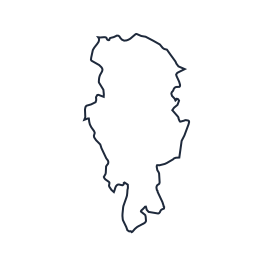 the border of Oppland, rotated 31°
{"feature_id": "NOR-920", "entity_name": "Oppland", "entity_type": "County", "adm_level": 1, "iso_a3": "NOR", "parent_name": "Norway", "parent_adm1": "", "projection": "orthographic", "projection_center": [9.47, 61.271], "detail": "fine", "context": "isolated", "style": "outline", "palette": "slate", "viewbox_px": 256, "rotation_deg": 31, "n_neighbors": 0, "source": "natural_earth", "source_scale": "10m", "svg_char_len": 3315}
<svg xmlns="http://www.w3.org/2000/svg" viewBox="0 0 256 256"><g transform="rotate(31 128 128)"><path d="M200.3,178.6L200.2,178.7L198.9,180.5L198.7,181.0L198.5,181.7L198.6,183.1L198.7,183.8L198.5,184.8L198.3,185.3L197.8,185.8L188.9,189.3L186.3,188.5L186.0,188.3L184.9,187.2L184.4,186.7L183.8,186.2L183.1,186.8L183.1,187.3L182.5,189.9L182.0,191.4L181.9,192.4L182.0,192.8L182.3,193.0L186.9,193.6L187.7,193.8L188.8,194.9L191.3,198.4L191.4,199.7L191.3,200.1L191.1,200.9L187.5,206.9L186.8,208.2L185.9,210.8L185.2,214.7L185.0,215.0L184.7,215.4L183.9,215.0L183.4,215.1L182.3,216.0L180.1,215.9L177.4,213.7L171.1,209.6L170.4,208.8L168.5,206.2L167.5,204.4L164.7,198.5L164.2,197.1L163.9,195.6L162.4,188.3L161.9,186.4L160.9,184.2L159.4,181.3L158.9,179.7L158.3,178.6L157.0,176.7L153.1,176.5L152.9,176.8L152.7,177.3L153.1,177.8L153.3,178.4L153.2,179.1L152.8,179.9L152.4,180.1L149.3,181.1L148.4,181.8L147.9,182.8L147.7,183.9L147.8,185.4L148.7,189.0L148.9,190.2L145.7,189.6L142.1,187.9L141.3,187.0L141.0,186.1L140.6,185.1L140.1,184.3L139.2,184.0L135.1,183.7L133.8,183.3L132.5,182.4L132.4,178.9L131.9,177.6L129.0,172.2L129.1,170.3L129.3,169.1L129.1,168.2L128.7,167.4L128.3,166.9L127.5,166.2L125.0,165.2L115.7,159.0L112.7,156.4L106.9,154.9L103.9,153.5L102.8,152.3L102.6,151.6L102.4,150.8L102.2,150.0L102.1,149.6L102.0,149.4L101.8,149.1L100.4,148.1L96.2,146.3L93.5,144.6L91.7,142.8L89.5,140.0L88.8,140.4L86.3,143.5L85.8,140.7L81.6,134.3L81.0,132.7L80.7,131.5L80.8,130.9L81.1,130.1L84.2,126.8L86.9,122.6L86.5,120.8L85.8,119.5L85.0,118.6L84.7,117.9L84.7,117.3L84.7,115.5L85.6,114.8L91.1,113.8L89.9,111.5L87.2,107.9L79.9,104.1L79.3,103.6L78.0,101.1L77.3,99.4L76.9,97.9L76.7,96.5L76.7,95.4L76.6,92.9L76.4,92.0L75.9,90.9L75.1,90.2L73.9,89.6L70.9,88.9L62.1,89.1L61.1,88.6L60.2,86.6L58.7,82.2L57.7,79.2L57.7,78.2L57.7,76.4L58.3,71.6L58.4,69.3L58.1,68.2L57.8,67.3L57.2,66.6L56.8,66.2L56.4,65.9L55.7,65.6L57.5,64.8L60.8,62.4L62.1,61.8L63.0,61.8L64.1,62.6L64.7,62.9L65.7,62.9L66.3,62.6L66.6,62.2L66.3,61.0L66.3,60.2L67.1,59.3L68.9,57.5L70.0,55.9L70.8,54.6L71.3,54.3L72.1,53.9L73.0,53.9L73.6,54.0L74.9,54.7L77.3,55.4L79.7,55.1L81.6,53.7L82.6,52.5L83.5,51.1L84.0,50.1L85.9,44.5L86.3,43.5L86.7,43.1L87.4,42.9L92.0,42.3L96.1,40.7L104.8,40.2L112.3,40.0L116.5,41.5L118.4,41.6L121.0,40.8L126.5,43.2L134.5,46.6L136.3,47.9L139.5,49.2L146.3,48.3L142.2,54.7L141.7,56.0L141.8,57.5L142.9,58.5L147.9,61.9L150.3,64.1L150.8,64.9L151.0,65.7L150.8,66.3L148.3,67.9L147.7,68.6L147.3,69.4L147.2,70.1L147.1,70.6L147.4,72.5L147.4,73.3L147.1,74.7L147.3,75.7L147.5,76.3L149.2,77.8L152.8,78.8L154.5,80.0L154.8,79.0L154.8,78.7L154.7,78.5L154.5,78.3L154.5,78.1L154.7,77.8L156.2,77.5L157.7,78.3L158.5,82.7L157.0,86.9L156.8,89.9L165.1,92.6L165.8,93.0L166.4,93.8L168.1,95.1L169.2,95.7L169.6,95.6L172.3,92.8L173.0,91.8L173.9,91.3L175.8,90.6L176.4,90.6L176.9,90.9L177.3,91.4L178.0,93.6L180.2,105.4L180.6,111.4L187.2,126.9L184.4,128.8L183.2,130.2L182.9,131.2L182.7,131.8L179.3,138.0L178.0,139.9L174.0,143.9L173.6,144.0L173.1,144.3L172.1,144.9L172.2,145.7L172.6,146.5L174.8,149.0L177.1,150.2L178.1,151.0L183.1,158.3L183.5,159.6L183.3,160.3L182.7,161.6L182.5,162.2L182.6,163.0L182.8,163.9L183.2,164.6L184.7,166.3L185.2,166.5L185.6,166.6L186.3,167.5L195.7,173.8L198.9,176.6L199.0,176.9L199.7,177.1L200.3,178.5L200.3,178.6Z" fill="none" stroke="#1e293b" stroke-width="2"/></g></svg>